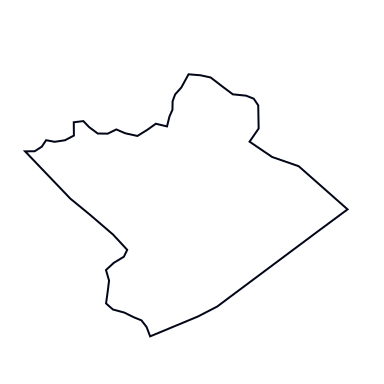 outline of Juarez Távora, Paraíba, Brazil, rotated 154°
{"feature_id": "56859067B57466026178175", "entity_name": "Juarez Távora", "entity_type": "district", "adm_level": 2, "iso_a3": "BRA", "parent_name": "Brazil", "parent_adm1": "Paraíba", "projection": "natural_earth1", "projection_center": [-35.563, -7.162], "detail": "fine", "context": "isolated", "style": "outline", "palette": "ink", "viewbox_px": 384, "rotation_deg": 154, "n_neighbors": 0, "source": "geoboundaries", "source_scale": "gbopen_adm2", "svg_char_len": 838}
<svg xmlns="http://www.w3.org/2000/svg" viewBox="0 0 384 384"><g transform="rotate(154 192 192)"><path d="M59.8,108.2L84.8,168.4L104.6,188.3L118.2,212.0L104.3,219.8L94.5,240.8L95.6,248.8L101.2,254.9L112.5,261.9L118.5,273.6L125.0,286.7L133.2,293.2L143.5,299.3L155.8,290.6L164.4,287.1L169.7,282.0L173.5,274.5L179.2,269.7L185.7,261.9L194.6,269.2L204.8,267.5L216.5,266.3L226.3,274.1L232.6,281.4L242.2,281.4L251.1,285.9L256.0,295.4L258.6,303.4L267.7,306.5L273.4,294.5L283.5,294.2L293.4,297.3L300.4,302.5L307.1,298.6L315.5,297.6L324.2,301.7L304.2,239.2L293.9,216.8L281.6,188.3L275.6,168.4L281.6,163.7L293.4,162.6L303.5,159.6L305.4,148.7L311.4,139.5L318.1,129.5L314.6,121.1L305.7,113.3L299.2,104.9L293.7,98.8L292.0,90.6L292.9,80.6L241.3,77.5L219.6,78.0L204.5,80.9L95.9,101.5L59.8,108.2Z" fill="none" stroke="#020617" stroke-width="2"/></g></svg>